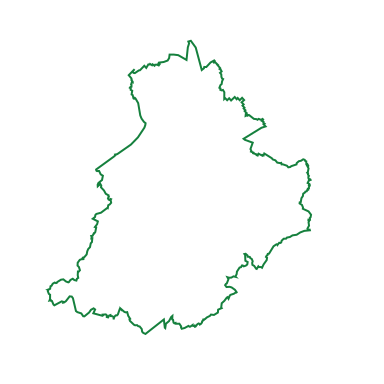 outline of Ameca, Jalisco, Mexico, rotated 281°
{"feature_id": "50627088B91562920030226", "entity_name": "Ameca", "entity_type": "district", "adm_level": 2, "iso_a3": "MEX", "parent_name": "Mexico", "parent_adm1": "Jalisco", "projection": "mercator", "projection_center": [-104.087, 20.535], "detail": "fine", "context": "isolated", "style": "outline", "palette": "green", "viewbox_px": 384, "rotation_deg": 281, "n_neighbors": 0, "source": "geoboundaries", "source_scale": "gbopen_adm2", "svg_char_len": 5960}
<svg xmlns="http://www.w3.org/2000/svg" viewBox="0 0 384 384"><g transform="rotate(281 192 192)"><path d="M211.9,108.6L195.8,93.6L194.8,94.0L194.4,94.7L194.9,96.8L191.9,99.0L191.0,101.4L186.6,101.4L183.0,98.4L181.1,98.0L179.6,98.4L182.4,100.5L181.0,101.7L179.2,101.8L176.7,105.3L173.8,107.7L172.8,110.7L172.2,110.6L171.5,111.3L169.8,110.7L168.7,111.5L168.4,112.4L169.6,113.3L169.5,113.9L168.8,113.6L166.0,114.7L164.1,113.6L163.0,112.3L160.0,112.4L160.1,111.8L154.3,106.6L152.2,102.3L150.9,101.5L149.0,101.6L146.8,99.7L145.2,105.2L142.3,105.0L139.1,103.4L138.9,104.7L134.2,104.7L132.6,103.9L132.7,103.5L130.1,102.8L129.6,101.5L128.7,102.1L127.2,102.1L127.5,103.0L123.7,103.3L122.3,102.4L118.4,102.4L116.2,101.0L113.8,100.5L110.6,100.5L107.3,98.6L107.0,97.9L105.4,98.2L105.2,97.6L105.8,97.0L105.1,96.7L104.0,94.8L100.8,93.3L97.9,93.7L96.8,95.3L93.8,96.9L92.1,95.9L92.1,95.2L88.5,95.7L86.0,96.7L84.9,95.6L83.0,95.4L83.1,93.3L84.1,91.5L82.5,89.5L80.0,88.3L79.7,87.8L80.1,85.4L81.7,82.4L80.9,80.1L77.9,76.9L77.0,76.6L76.6,75.8L76.9,74.5L75.4,72.8L73.1,72.0L72.5,71.1L69.9,71.2L68.5,69.0L68.3,69.7L67.1,69.4L64.7,70.9L64.1,72.3L59.8,73.1L58.3,72.8L58.9,74.0L58.3,74.3L58.3,75.3L55.1,77.5L54.5,78.5L59.8,85.0L59.6,86.8L58.8,86.7L59.0,87.3L60.7,89.0L66.2,91.8L66.4,93.9L65.0,95.4L53.0,100.8L52.2,102.4L51.7,106.5L49.3,108.9L49.4,110.1L54.1,114.0L57.1,115.3L59.0,117.6L58.2,119.3L54.1,118.3L53.4,127.7L53.9,128.2L54.6,127.8L55.4,130.7L54.6,132.0L53.0,132.2L52.9,133.6L54.9,134.2L55.7,135.5L54.7,136.0L54.9,137.2L54.2,139.2L51.9,139.2L54.9,139.7L56.3,140.6L56.5,141.8L57.7,142.6L63.4,143.4L63.8,143.5L63.3,144.4L63.9,144.2L61.4,148.5L61.2,150.0L61.7,151.3L58.3,153.0L55.7,155.5L55.1,154.9L53.7,155.6L50.6,160.4L50.3,161.6L50.8,163.5L50.0,164.8L50.0,166.3L47.9,168.8L45.4,169.7L44.4,171.0L43.8,173.4L61.5,188.7L53.6,191.2L53.3,191.7L57.7,191.5L60.9,194.1L65.3,195.4L66.6,196.4L63.2,196.9L62.9,197.8L60.3,198.8L59.7,199.8L60.4,200.9L59.6,201.3L60.3,204.7L58.0,207.0L56.9,207.1L55.8,208.0L57.1,210.7L59.9,214.1L59.3,215.2L59.5,216.0L61.6,218.0L60.8,218.2L60.8,219.5L61.3,220.0L60.3,220.5L60.5,221.1L63.1,222.4L64.2,223.5L64.0,224.6L63.4,225.0L64.2,225.9L65.8,226.7L67.0,226.6L68.5,227.9L69.0,227.5L69.7,229.0L71.7,230.5L73.8,233.2L75.3,234.0L75.5,237.0L78.6,240.4L81.5,240.1L83.7,243.3L84.2,242.7L88.5,242.4L91.3,244.5L95.0,246.3L95.6,247.0L94.2,248.2L97.7,248.9L98.5,249.6L100.1,252.5L102.1,254.5L101.5,255.6L104.2,252.8L105.9,249.1L106.1,247.0L105.3,244.0L106.9,242.3L108.2,242.8L108.9,243.6L113.3,244.4L115.1,243.0L114.9,244.7L115.5,247.0L117.1,248.8L117.0,251.0L117.2,250.7L119.9,251.5L122.4,251.3L126.9,253.1L127.6,254.5L129.4,255.0L129.6,255.8L128.9,256.8L129.3,257.8L130.5,259.5L131.7,260.1L133.9,260.0L134.7,257.5L140.2,256.2L141.1,255.3L141.6,256.4L140.3,258.6L139.1,259.0L139.3,261.1L138.2,261.9L137.7,263.4L135.6,264.8L133.9,264.6L132.0,265.2L131.3,267.2L128.9,269.6L128.8,270.2L131.7,271.3L131.1,272.1L131.5,274.1L131.0,275.2L134.6,276.1L139.4,278.3L141.8,278.2L142.4,277.0L143.9,277.5L144.5,278.2L145.7,278.2L146.2,279.4L154.3,282.4L156.8,284.9L156.9,285.9L156.5,286.1L158.8,287.3L158.8,288.4L159.5,289.2L161.3,289.3L163.6,290.9L164.2,293.3L165.4,293.9L166.5,296.7L168.6,298.9L170.0,302.9L173.0,306.0L175.3,309.7L176.9,315.0L177.5,314.7L177.1,312.9L178.1,312.3L181.3,313.3L184.5,312.2L185.7,312.5L186.2,311.7L187.1,311.6L187.3,313.1L189.0,312.6L189.8,313.2L192.4,313.2L195.2,310.1L196.7,304.0L198.0,303.9L200.3,302.4L201.3,299.8L202.4,299.7L202.9,300.7L206.8,300.6L209.1,301.6L211.6,301.5L213.1,303.0L214.0,303.2L214.6,304.5L216.3,304.8L216.4,305.5L217.4,305.2L217.8,306.1L219.2,305.8L220.7,306.4L221.2,306.3L221.1,305.5L222.3,305.6L222.9,303.8L225.5,304.5L226.5,306.1L227.0,305.7L227.1,304.1L227.7,303.7L229.0,303.3L230.1,303.7L231.2,302.5L232.4,302.4L232.9,301.4L233.7,301.9L237.4,301.9L239.5,300.2L239.4,301.1L240.0,301.1L241.5,299.8L241.3,298.9L243.9,298.3L244.0,297.3L245.1,296.5L245.3,294.9L243.5,293.1L242.6,291.0L240.4,289.3L239.0,289.3L236.3,284.5L235.3,283.7L234.6,281.8L235.9,280.2L236.5,275.9L236.2,274.7L237.6,274.0L237.2,273.2L237.1,270.1L239.0,267.8L239.4,265.0L240.4,263.9L243.6,255.6L241.5,255.3L241.8,254.1L241.1,254.0L242.3,250.0L240.3,249.5L240.5,248.5L241.2,248.6L241.7,244.7L242.4,244.8L242.9,242.2L243.7,242.4L245.3,241.2L252.0,242.2L253.3,234.0L254.1,232.5L268.3,247.9L270.4,251.7L272.1,249.4L272.9,250.2L273.6,248.8L274.6,248.8L275.1,247.1L276.7,248.0L277.2,247.3L276.0,246.0L276.5,243.5L275.4,242.5L275.8,241.5L275.6,238.8L278.4,233.4L278.3,232.0L277.5,231.9L277.6,231.1L276.9,230.1L279.0,229.9L279.9,230.6L281.5,228.2L282.5,228.8L283.8,226.8L284.8,227.4L286.4,225.1L287.8,226.0L289.5,223.6L292.2,225.6L294.0,223.2L291.2,221.3L293.0,218.9L291.6,218.1L293.4,215.8L289.3,212.9L291.1,210.6L288.8,209.0L290.5,206.6L289.5,205.9L296.1,204.7L298.1,202.9L297.4,201.6L297.7,200.3L299.1,200.2L299.5,199.0L302.3,199.5L303.6,200.5L306.4,200.4L308.8,201.0L309.1,199.9L310.6,198.9L313.1,198.3L314.3,196.8L316.0,198.1L317.3,197.1L318.0,195.6L318.9,196.1L321.7,192.6L321.9,192.9L324.0,189.7L323.2,188.9L323.7,188.3L325.0,189.2L325.4,188.7L322.7,185.5L317.4,182.2L317.1,180.2L315.7,180.1L313.6,178.3L334.5,168.1L340.2,162.0L339.0,159.7L337.3,160.8L333.3,160.3L320.6,161.4L323.7,152.4L323.4,147.8L322.6,143.8L319.1,144.0L316.4,143.0L314.2,139.4L312.7,134.8L311.6,134.5L311.2,135.8L309.9,135.2L310.3,133.2L309.9,131.5L308.8,131.1L309.8,129.0L308.8,128.6L309.7,126.4L309.1,126.2L308.9,124.8L305.1,123.4L306.8,121.1L301.6,117.7L301.2,116.6L297.8,113.2L297.8,111.8L298.7,110.6L301.6,112.2L294.6,107.6L292.1,110.7L291.1,111.3L290.4,111.1L289.0,112.7L288.3,112.9L288.4,112.0L286.0,111.7L285.9,112.1L283.8,112.5L283.3,111.5L282.4,111.1L282.0,112.1L280.6,112.3L280.0,114.0L276.2,114.1L275.8,115.3L272.7,116.7L272.5,117.3L273.5,117.9L273.0,118.7L269.0,122.2L257.3,126.6L254.4,128.5L251.7,131.4L250.7,133.3L248.9,133.4L246.1,133.0L235.3,128.5L226.9,123.0L214.9,111.4L214.1,109.4L213.5,109.8L211.9,108.6Z" fill="none" stroke="#15803d" stroke-width="2"/></g></svg>